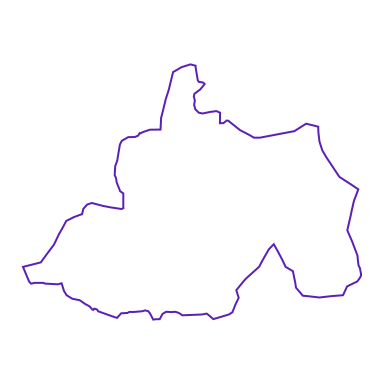 Al Manar, Dhamar, Yemen (Robinson projection)
{"feature_id": "15242507B33672169591195", "entity_name": "Al Manar", "entity_type": "district", "adm_level": 2, "iso_a3": "YEM", "parent_name": "Yemen", "parent_adm1": "Dhamar", "projection": "robinson", "projection_center": [44.125, 14.653], "detail": "fine", "context": "isolated", "style": "outline", "palette": "violet", "viewbox_px": 384, "rotation_deg": 0, "n_neighbors": 0, "source": "geoboundaries", "source_scale": "gbopen_adm2", "svg_char_len": 2802}
<svg xmlns="http://www.w3.org/2000/svg" viewBox="0 0 384 384"><path d="M358.3,189.3L354.8,187.0L354.6,186.8L339.4,176.9L326.5,157.5L322.3,150.4L319.5,141.7L318.4,132.5L318.2,126.7L314.8,125.8L314.3,125.7L306.1,123.7L306.0,123.8L300.1,127.5L294.8,130.9L294.6,131.1L259.8,137.7L256.0,137.7L254.0,137.7L249.4,135.0L240.0,130.1L229.6,121.8L228.4,120.8L226.8,120.5L223.4,123.1L219.9,123.2L220.1,112.7L216.4,111.1L210.3,111.9L202.6,113.5L198.8,112.7L198.4,112.3L195.8,109.7L195.3,109.2L195.0,108.2L194.1,104.7L194.9,100.7L193.8,96.3L194.5,93.7L200.4,89.3L204.6,84.0L203.2,82.6L200.8,82.1L199.1,82.0L197.8,80.4L195.6,67.3L195.6,65.7L194.8,65.5L194.4,65.4L192.5,64.9L190.3,64.4L182.1,67.0L181.4,67.2L178.5,69.0L174.1,71.5L173.1,72.0L170.0,84.7L168.8,89.7L165.6,99.6L165.2,101.6L164.1,106.0L163.7,107.7L161.6,116.0L161.1,117.9L160.9,123.0L160.5,129.6L158.5,129.6L150.1,129.7L149.0,130.0L143.4,131.9L140.2,133.4L139.7,133.1L138.2,135.6L134.9,137.0L131.1,137.1L128.3,137.1L121.8,140.8L121.7,140.9L121.4,141.6L119.9,144.5L117.2,160.7L115.2,166.2L114.7,175.1L116.0,178.1L116.7,182.4L119.3,189.0L120.1,191.2L123.3,193.4L123.3,203.6L123.3,203.8L123.3,206.0L123.4,208.2L121.4,209.0L110.2,207.3L103.0,205.9L91.8,203.0L87.2,204.5L83.3,208.9L82.1,214.1L74.1,217.0L66.3,220.9L62.1,228.7L59.1,233.9L54.6,243.3L53.9,244.8L53.3,245.5L46.1,255.1L43.7,258.4L40.8,262.4L23.0,266.9L29.1,281.6L31.1,283.7L34.4,282.9L38.9,282.9L42.1,282.9L43.5,282.9L44.9,283.6L58.0,284.3L61.6,283.3L63.5,289.4L63.9,290.8L66.6,295.2L71.9,298.5L72.5,298.8L79.7,300.2L85.3,304.1L88.8,305.9L90.4,307.2L92.3,309.5L93.3,309.9L94.2,308.7L94.7,308.7L97.0,309.5L98.2,311.3L111.9,316.2L117.0,317.9L119.8,314.8L121.2,313.3L124.8,313.1L127.4,313.0L129.4,311.9L133.2,312.0L141.8,311.3L145.4,310.4L148.4,311.3L150.1,313.6L153.2,319.6L156.0,319.2L159.1,319.2L159.7,319.2L162.5,313.9L166.2,311.8L170.3,312.0L171.1,312.1L175.2,311.8L178.0,312.6L179.5,313.4L180.4,313.9L182.2,315.3L192.1,314.9L201.8,314.5L206.7,313.6L207.8,314.4L213.1,318.9L213.4,319.1L221.5,316.7L229.1,314.4L230.8,313.3L231.0,313.1L232.4,312.3L235.4,304.6L238.7,297.8L236.3,290.2L243.0,282.0L245.4,279.2L247.5,277.2L250.6,274.4L251.4,273.7L255.2,270.3L259.2,266.7L262.4,260.6L268.9,249.2L273.8,244.2L277.3,250.4L282.5,260.2L285.6,266.9L289.3,269.0L292.9,271.2L295.2,282.5L296.0,287.7L296.7,288.5L300.1,292.5L302.8,295.7L307.2,296.1L319.5,297.5L320.7,297.3L320.9,297.3L325.5,296.8L330.7,296.2L331.5,296.1L339.5,295.5L343.0,295.2L343.2,294.9L345.2,290.5L347.1,286.4L351.6,284.2L357.2,281.5L359.6,278.3L361.0,275.7L361.0,273.7L360.4,270.8L359.9,268.1L358.5,265.3L358.0,261.2L357.4,255.3L353.0,243.8L352.1,241.3L352.0,241.1L351.8,240.7L348.5,233.1L347.9,231.6L347.3,230.3L348.3,225.9L350.2,217.7L351.7,210.7L353.9,201.0L356.2,195.0L358.3,189.3Z" fill="none" stroke="#5b21b6" stroke-width="2"/></svg>